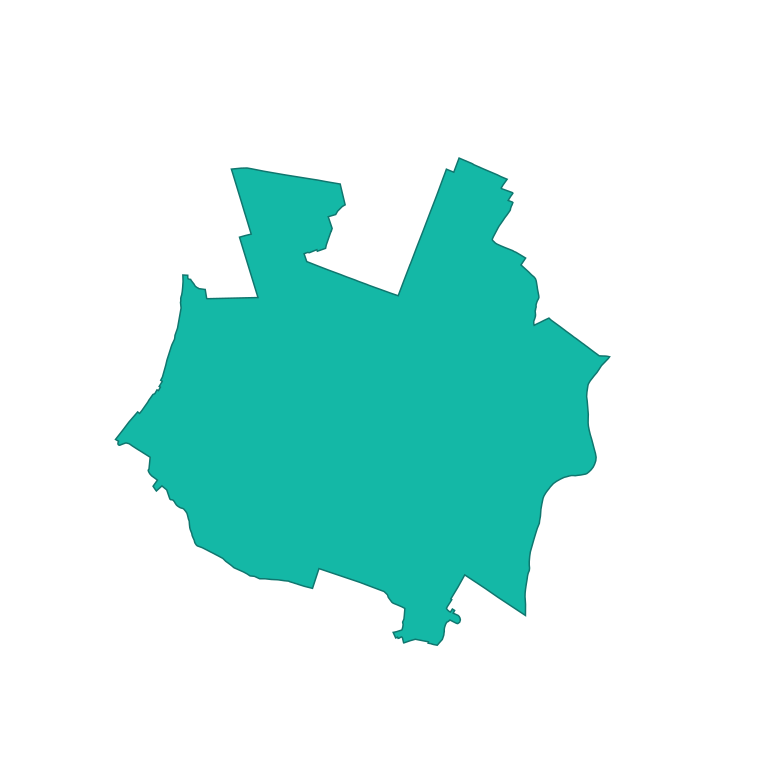 Hotarele, Giurgiu, Romania (orthographic projection), rotated 124°
{"feature_id": "2599482B11707962616548", "entity_name": "Hotarele", "entity_type": "district", "adm_level": 2, "iso_a3": "ROU", "parent_name": "Romania", "parent_adm1": "Giurgiu", "projection": "orthographic", "projection_center": [26.375, 44.157], "detail": "fine", "context": "isolated", "style": "filled", "palette": "teal", "viewbox_px": 768, "rotation_deg": 124, "n_neighbors": 0, "source": "geoboundaries", "source_scale": "gbopen_adm2", "svg_char_len": 6159}
<svg xmlns="http://www.w3.org/2000/svg" viewBox="0 0 768 768"><g transform="rotate(124 384 384)"><path d="M406.1,611.7L411.4,607.9L416.4,605.0L420.1,603.0L423.4,601.5L424.7,601.2L426.7,600.4L428.8,598.9L430.2,598.3L434.5,594.7L453.2,586.4L460.5,584.5L462.5,583.4L464.1,582.7L470.0,581.8L472.7,581.1L473.6,580.8L485.6,577.3L490.3,575.5L502.1,571.6L505.8,571.2L505.7,569.5L505.8,569.3L511.8,569.0L511.7,567.6L515.6,567.3L515.8,568.9L520.2,568.6L521.9,569.7L529.0,569.9L531.0,569.7L541.7,569.9L545.1,570.2L544.9,572.6L558.1,574.2L569.0,574.8L580.1,575.6L579.9,572.1L581.0,571.8L581.8,571.5L582.6,570.9L582.9,570.3L582.9,569.5L582.5,568.8L580.0,567.1L578.9,566.3L577.5,565.3L576.9,564.4L576.0,561.8L576.1,558.0L576.0,552.9L575.6,541.2L575.5,537.4L575.5,536.9L585.7,531.4L586.1,531.3L587.1,531.3L587.3,531.3L587.6,531.0L588.2,530.3L588.7,529.4L589.4,528.0L589.8,526.5L590.1,525.2L590.2,521.6L590.4,518.1L597.9,518.3L599.3,514.9L600.0,512.9L592.7,511.1L593.3,504.9L598.3,498.3L599.1,497.2L599.2,496.2L598.4,494.7L598.3,494.2L598.4,493.4L598.8,492.0L599.6,490.4L600.4,488.4L600.6,486.9L600.6,485.3L600.5,483.9L600.3,483.0L599.7,481.2L599.6,480.2L600.0,478.8L600.5,477.1L601.4,475.0L603.2,472.9L605.5,470.4L606.5,468.9L609.2,466.8L611.7,464.7L613.1,463.1L614.0,461.8L615.3,459.9L617.0,458.2L618.5,455.9L619.5,454.2L620.2,453.4L621.1,452.4L621.7,451.4L622.4,449.6L622.6,448.2L621.4,443.5L621.1,441.4L619.2,425.2L618.7,420.0L619.5,416.0L619.7,410.3L620.2,405.6L618.4,395.4L618.0,391.3L618.0,387.8L615.9,383.8L615.0,378.2L612.1,373.9L609.0,368.0L605.6,362.4L602.8,356.6L600.7,352.7L600.7,351.9L596.3,337.0L593.4,329.0L573.4,334.7L562.2,294.0L556.0,267.9L556.8,263.3L558.5,261.1L560.5,255.5L560.6,254.1L560.4,252.9L559.8,250.2L558.7,244.3L558.4,241.2L564.6,237.7L567.8,236.0L571.0,235.4L572.3,234.1L572.9,233.5L573.7,233.2L574.6,232.7L577.5,231.7L578.0,231.7L582.2,235.0L583.6,236.3L584.4,237.1L584.8,237.5L588.0,232.3L586.3,231.2L587.0,230.1L586.5,229.5L584.0,228.2L583.8,227.9L583.9,227.5L584.0,227.0L584.2,226.7L587.5,223.1L587.6,222.8L582.0,218.6L578.1,215.3L572.9,203.0L574.2,202.5L572.8,199.3L572.9,199.2L572.3,197.3L571.0,194.3L570.8,193.8L570.2,193.7L567.5,193.4L563.2,192.8L559.1,193.9L558.2,194.3L556.7,195.1L555.5,195.6L553.8,196.8L552.1,197.6L551.1,197.9L549.4,198.4L547.7,198.7L546.3,198.7L544.6,197.8L542.8,197.4L541.9,190.1L541.4,188.9L539.2,188.1L538.4,188.3L536.8,188.8L535.5,190.2L534.7,191.7L534.4,193.2L534.9,196.1L535.3,198.5L532.2,198.8L532.3,201.5L535.9,201.4L536.1,202.5L535.9,204.5L535.6,205.7L535.0,206.8L532.8,207.0L528.1,207.1L524.9,207.2L524.8,208.4L511.0,209.1L497.1,210.3L496.9,185.5L497.1,170.3L496.8,137.3L487.6,143.4L482.8,147.1L481.7,148.0L478.4,150.1L475.2,151.8L471.7,153.5L465.6,156.3L462.8,157.7L460.7,158.5L459.2,158.9L458.0,159.1L457.3,159.3L455.2,160.4L452.8,162.4L449.8,164.4L445.1,167.0L441.3,168.8L428.8,172.9L423.0,174.7L418.0,176.2L414.2,177.0L412.7,177.3L410.2,178.6L406.1,180.4L400.2,183.8L395.3,186.0L389.9,188.2L388.6,188.5L387.2,188.8L383.5,189.0L380.9,188.9L379.0,188.7L376.4,188.6L371.8,187.9L368.3,186.6L364.1,184.5L360.6,182.4L358.6,180.6L356.8,179.1L355.2,177.6L354.1,176.0L353.1,174.2L351.2,172.1L349.4,170.0L345.9,166.5L344.7,165.7L343.7,165.4L342.1,164.9L339.2,164.3L335.8,164.1L332.5,164.6L329.2,165.5L326.1,167.2L323.4,169.8L319.6,174.2L316.4,177.8L313.8,180.8L310.7,184.6L307.7,187.9L304.6,191.0L302.0,193.1L297.7,195.9L295.0,197.6L284.5,206.0L281.1,209.0L277.3,211.2L271.6,213.9L270.1,214.5L268.1,214.7L266.1,214.8L260.0,214.4L255.3,213.9L251.8,213.9L247.2,214.0L237.6,212.3L235.3,212.2L235.9,213.8L236.6,215.3L237.8,217.3L238.9,219.0L240.3,221.3L240.1,224.9L240.1,225.9L239.9,230.0L239.7,233.4L239.5,236.7L239.5,237.8L239.3,240.8L239.3,242.2L239.2,244.2L239.0,248.2L238.9,250.0L238.9,252.7L238.7,255.3L238.4,263.1L238.3,264.2L238.0,270.2L237.6,281.0L237.5,281.9L237.1,284.1L238.1,284.7L241.8,286.9L246.1,289.3L249.6,291.4L251.4,292.3L250.9,292.9L250.5,293.3L249.8,293.9L248.1,295.0L246.6,295.3L245.1,295.7L243.0,296.4L242.9,296.7L242.3,296.8L241.7,297.2L241.0,297.8L240.0,298.6L238.9,299.6L238.2,299.7L237.7,299.8L237.2,300.3L236.3,300.5L235.6,300.7L235.0,301.0L234.3,301.5L233.8,301.9L233.4,302.2L231.2,302.9L230.1,303.2L229.0,303.4L227.9,303.5L227.0,303.6L225.8,303.9L225.2,304.3L224.1,305.2L222.9,306.4L219.3,310.0L217.8,311.3L214.3,314.6L213.4,315.5L212.4,316.8L212.0,317.4L211.8,318.0L211.4,319.3L211.3,319.7L211.1,322.0L210.7,324.4L210.4,325.7L210.2,326.8L208.7,337.0L207.3,337.0L205.6,337.0L200.4,337.0L200.7,343.3L200.8,345.0L201.0,348.2L201.5,350.9L201.4,351.6L203.3,360.2L204.1,364.3L204.8,368.4L204.9,370.4L204.2,374.3L203.7,375.0L203.0,375.3L200.5,375.7L190.3,376.8L188.4,376.9L182.7,376.8L179.4,376.8L178.2,376.8L175.3,376.6L170.7,376.5L169.0,376.6L167.8,377.2L165.2,377.9L164.0,378.0L161.5,378.6L161.4,379.4L162.4,383.7L157.7,383.9L155.0,383.8L153.8,383.8L153.5,384.4L156.3,395.8L156.0,396.4L152.4,396.6L145.4,396.4L146.7,403.0L147.2,406.9L150.0,421.3L152.0,432.4L151.9,433.5L154.2,445.5L154.7,448.1L169.4,444.6L170.3,448.9L171.0,452.4L174.9,451.4L179.2,450.4L195.5,446.4L203.6,444.5L215.9,441.7L236.0,437.0L252.5,433.3L260.1,431.5L270.0,429.2L270.4,429.2L272.9,428.6L287.2,425.3L302.9,421.6L304.8,428.7L306.0,433.5L308.0,441.4L308.9,444.9L310.6,451.7L311.0,453.7L313.3,463.0L313.9,466.0L316.2,475.2L317.6,481.5L320.7,494.2L321.7,498.6L323.1,504.7L324.2,509.7L325.7,516.5L320.7,523.1L317.7,521.0L316.9,519.3L310.2,514.8L311.2,513.5L304.2,508.3L301.0,509.6L287.1,513.3L287.0,513.1L284.0,514.0L276.5,523.8L270.5,518.8L266.7,519.1L260.4,517.9L258.1,516.9L257.2,516.4L243.7,531.1L242.7,532.1L248.5,544.9L252.1,553.2L254.6,558.5L265.8,582.6L274.7,602.4L279.8,614.5L281.5,618.3L285.0,623.2L291.2,630.7L293.9,627.3L312.4,604.5L320.0,595.2L321.5,593.3L334.0,577.9L338.6,582.1L343.1,585.9L382.8,536.8L412.4,578.6L412.7,578.4L405.6,585.1L405.8,585.4L408.5,590.9L408.4,591.3L408.4,591.8L408.5,592.4L408.6,593.2L408.5,594.3L408.5,594.7L408.4,595.2L408.2,595.8L407.4,597.4L406.3,600.8L405.8,602.1L405.4,602.8L405.9,603.7L406.2,604.5L406.3,604.9L406.3,605.1L406.3,605.3L406.2,605.4L406.0,605.7L405.6,606.1L403.6,607.5L405.1,610.0L406.1,611.7Z" fill="#14b8a6" stroke="#0f766e" stroke-width="1.5"/></g></svg>